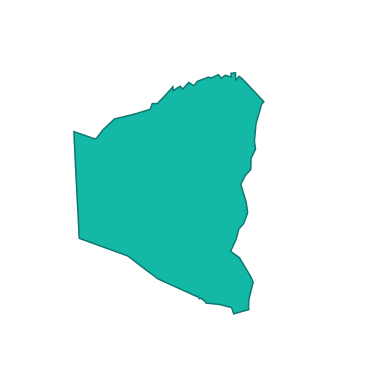 the district of Lancaster, Pennsylvania, United States of America, rotated 227°
{"feature_id": "52423323B87468686530691", "entity_name": "Lancaster", "entity_type": "district", "adm_level": 2, "iso_a3": "USA", "parent_name": "United States of America", "parent_adm1": "Pennsylvania", "projection": "mercator", "projection_center": [-76.288, 40.019], "detail": "fine", "context": "isolated", "style": "filled", "palette": "teal", "viewbox_px": 384, "rotation_deg": 227, "n_neighbors": 0, "source": "geoboundaries", "source_scale": "gbopen_adm2", "svg_char_len": 1048}
<svg xmlns="http://www.w3.org/2000/svg" viewBox="0 0 384 384"><g transform="rotate(227 192 192)"><path d="M113.0,123.9L112.8,124.3L111.6,124.8L108.8,124.7L108.2,126.1L107.1,126.7L106.6,126.2L103.1,127.1L101.2,126.5L92.5,134.1L90.4,135.8L80.5,142.1L74.4,139.4L67.3,153.4L69.3,154.9L74.5,160.1L84.3,175.2L90.0,177.2L111.5,181.9L122.3,179.8L127.6,192.7L128.9,194.3L128.9,194.7L132.9,200.7L133.8,208.6L139.0,218.7L147.5,224.6L164.3,232.9L167.8,242.4L168.4,250.4L176.3,258.1L180.0,267.7L186.6,272.3L198.3,285.4L208.7,302.7L209.0,306.1L210.8,306.1L239.5,306.0L244.4,305.4L244.2,300.4L249.5,305.1L252.2,301.5L249.4,299.1L254.7,295.9L255.4,290.9L259.8,291.4L262.3,283.8L264.8,282.3L269.3,271.3L268.4,265.8L274.3,264.4L273.6,255.6L277.5,255.4L278.9,247.5L282.0,249.8L280.9,238.2L280.3,226.8L283.8,223.3L281.0,217.8L287.6,204.3L293.7,193.2L298.3,185.1L298.2,169.3L296.4,158.6L297.7,156.8L316.7,146.8L296.6,129.7L266.5,104.4L252.5,92.7L235.0,77.9L189.0,101.4L165.9,105.3L151.5,107.9L113.0,123.9Z" fill="#14b8a6" stroke="#0f766e" stroke-width="1.5"/></g></svg>